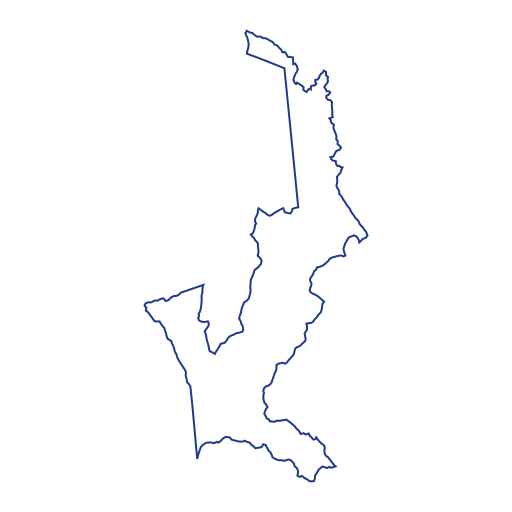 Pilar de Goiás, Goiás, Brazil
{"feature_id": "56859067B30351228728682", "entity_name": "Pilar de Goiás", "entity_type": "district", "adm_level": 2, "iso_a3": "BRA", "parent_name": "Brazil", "parent_adm1": "Goiás", "projection": "robinson", "projection_center": [-49.514, -14.535], "detail": "fine", "context": "isolated", "style": "outline", "palette": "blue", "viewbox_px": 512, "rotation_deg": 0, "n_neighbors": 0, "source": "geoboundaries", "source_scale": "gbopen_adm2", "svg_char_len": 6042}
<svg xmlns="http://www.w3.org/2000/svg" viewBox="0 0 512 512"><path d="M246.9,30.7L245.3,33.1L246.2,35.3L247.4,37.9L248.6,43.2L248.5,46.7L247.9,49.0L247.2,51.3L246.9,53.7L258.1,57.8L284.4,68.2L294.0,164.3L298.2,207.3L296.3,207.7L294.2,208.2L292.3,209.1L292.0,211.1L290.4,213.5L288.6,213.2L286.6,212.6L284.9,212.3L283.2,208.2L281.0,209.2L274.5,212.9L271.9,214.8L269.9,215.7L268.0,215.2L265.7,213.2L263.0,211.6L260.4,209.6L258.6,208.3L257.9,210.3L257.8,212.8L256.9,215.2L255.3,218.4L254.9,221.4L256.2,223.5L255.0,225.3L254.8,227.4L254.1,230.2L252.9,233.2L250.8,234.5L252.3,236.4L253.9,237.9L255.1,240.2L256.6,241.6L257.9,243.4L257.9,246.4L258.5,250.7L258.2,253.8L257.7,255.8L259.8,257.7L261.6,260.3L260.9,264.0L258.2,267.2L256.3,268.8L254.7,269.8L253.7,273.1L252.3,276.6L250.8,279.9L250.6,283.3L250.2,287.1L250.6,290.9L249.9,294.5L248.8,298.5L246.7,300.8L244.1,302.3L242.9,305.5L241.8,307.9L241.3,310.7L240.7,313.5L239.8,315.4L239.1,318.6L240.8,321.6L241.2,323.6L242.5,325.6L243.3,329.7L242.4,331.7L238.6,332.8L235.7,333.4L233.6,334.7L231.4,335.5L229.7,336.5L228.2,337.7L226.7,340.4L224.6,342.9L220.7,343.8L218.9,347.4L217.4,349.6L215.8,352.0L214.8,353.9L212.1,352.2L209.8,351.3L209.0,349.2L208.8,347.2L208.2,344.5L206.8,339.8L205.8,334.2L204.7,331.2L207.0,328.0L208.5,325.8L208.8,323.4L207.9,321.4L206.1,321.7L204.1,322.0L201.7,321.7L199.2,320.6L198.1,318.1L199.1,316.1L198.7,313.6L199.9,311.8L200.8,308.6L201.5,303.0L201.7,297.9L201.5,295.7L202.2,293.5L202.5,290.7L202.5,287.9L203.4,284.9L181.1,292.6L178.1,295.2L175.9,296.0L174.2,295.9L172.6,296.7L170.7,297.7L168.5,300.1L165.7,301.0L163.3,298.3L160.1,299.1L157.7,300.6L154.7,300.6L151.1,302.4L148.5,302.3L145.6,303.3L144.5,305.7L146.3,307.7L145.9,310.6L148.0,312.2L149.5,314.3L151.5,316.8L153.1,319.3L154.7,321.3L157.4,321.5L159.6,321.4L160.5,323.2L162.1,325.5L164.3,327.9L165.2,331.2L166.0,333.5L166.8,336.6L167.6,338.8L169.4,339.8L171.1,340.8L172.3,344.3L173.6,346.6L174.2,349.0L175.0,352.1L176.4,354.2L177.1,357.0L178.8,360.4L181.0,363.9L185.1,370.1L185.9,372.4L185.7,375.6L186.3,378.2L186.8,380.3L187.2,382.4L189.1,384.3L190.4,386.6L192.2,404.1L192.5,407.0L197.2,458.9L198.0,455.4L199.4,451.0L200.9,447.1L202.3,445.4L204.4,443.8L206.2,442.8L210.2,442.4L214.2,443.1L216.8,441.9L218.4,442.6L221.0,440.7L222.8,438.6L225.6,436.9L229.5,437.3L231.9,439.8L235.7,440.7L238.0,441.3L239.8,441.6L242.7,441.6L245.0,440.7L247.3,442.1L249.8,442.6L251.5,445.0L253.0,445.9L255.4,448.2L258.2,447.7L260.6,447.5L262.1,446.5L263.0,444.4L265.7,444.9L267.3,448.2L268.5,450.5L270.4,452.2L271.7,454.9L272.5,457.2L274.7,458.7L278.3,460.2L281.6,460.2L284.6,460.8L288.2,459.5L290.4,460.0L292.8,462.1L294.1,464.2L294.6,466.2L296.9,468.2L297.7,469.9L298.1,472.0L297.4,475.7L299.7,476.9L301.9,475.9L304.6,478.1L307.3,479.4L309.4,481.2L311.9,481.3L313.8,481.2L314.8,478.9L315.2,475.3L316.8,473.0L318.5,469.8L322.5,466.5L327.0,468.0L329.2,466.9L330.9,467.7L332.8,467.3L335.6,466.4L333.8,464.7L331.0,461.0L329.6,459.3L328.2,457.3L326.1,455.9L324.9,454.2L324.3,451.2L324.8,447.6L323.7,444.9L321.3,443.5L318.2,440.1L316.2,437.3L315.3,439.3L313.2,439.5L311.5,437.4L309.7,435.7L308.7,433.5L305.6,434.5L303.6,433.2L300.7,434.0L298.9,430.8L296.3,428.4L294.6,426.2L292.5,424.4L290.4,422.6L286.6,419.7L282.1,420.3L280.4,420.8L276.8,420.7L274.1,421.9L271.7,421.4L269.8,421.3L268.7,419.3L266.7,418.4L265.4,415.5L264.3,413.9L264.9,411.4L266.2,408.7L267.5,407.1L266.5,405.1L264.3,402.4L263.4,399.1L263.3,395.7L264.0,393.1L263.3,391.0L263.9,388.4L266.1,386.3L268.3,385.7L270.2,384.3L271.5,382.5L272.5,379.6L274.9,372.8L276.2,370.4L276.4,367.8L276.4,365.1L278.2,363.7L280.4,363.3L282.4,362.7L285.2,363.7L287.3,362.1L288.5,360.3L291.8,356.7L293.8,354.2L294.5,351.3L295.0,349.0L296.7,347.2L298.6,346.7L300.6,345.4L302.2,343.7L304.4,341.8L305.6,340.2L305.5,337.9L304.6,333.5L307.0,329.5L307.0,326.3L306.4,323.7L311.0,322.9L312.8,322.0L315.2,318.7L317.0,317.1L318.1,315.1L320.9,312.2L321.8,308.9L322.5,303.8L324.1,301.7L321.5,299.4L319.1,297.2L315.6,294.8L312.9,293.8L310.8,292.4L309.6,290.4L310.2,287.9L311.2,285.9L311.5,283.6L310.3,281.2L309.9,279.2L313.0,274.3L314.0,271.4L316.3,269.5L316.7,267.6L318.9,267.1L321.4,266.2L323.4,265.2L324.9,264.0L328.3,260.9L329.7,258.8L332.1,257.5L334.7,256.8L337.7,256.0L341.2,255.4L343.3,256.4L345.4,255.5L343.9,251.3L343.5,248.8L345.0,243.8L346.3,241.7L348.6,237.5L353.9,235.4L355.9,236.0L357.8,238.2L358.8,240.2L359.3,242.4L361.4,240.4L362.7,238.9L365.5,238.0L367.5,235.6L366.2,232.1L364.1,229.5L363.0,227.6L361.2,225.8L359.6,223.9L358.8,221.6L357.2,219.7L355.5,218.0L354.5,216.4L353.2,214.6L351.3,212.1L350.2,209.4L348.1,206.6L346.8,205.2L345.6,202.9L343.9,200.5L340.9,195.6L339.3,193.9L339.1,190.9L337.2,187.8L336.4,185.8L336.9,183.8L337.3,181.2L337.2,178.9L336.9,176.9L338.8,174.6L340.5,172.8L341.3,169.9L342.5,167.4L340.6,167.1L339.3,165.9L337.2,165.9L336.0,163.9L335.8,161.2L332.7,160.5L331.3,159.1L330.4,157.1L333.1,156.7L334.7,153.9L336.3,151.0L339.5,149.8L341.0,147.7L339.6,145.7L337.6,144.3L337.7,140.8L336.2,139.4L336.5,136.4L335.6,133.5L334.0,129.8L333.4,127.7L333.9,124.8L332.4,123.6L331.0,122.3L330.8,120.1L329.4,118.4L331.1,117.7L332.8,117.1L332.2,114.8L332.4,112.6L332.1,109.0L331.8,105.7L332.0,102.2L330.5,100.3L328.1,99.8L326.2,97.8L326.5,95.8L328.8,94.6L330.2,92.6L328.8,91.2L326.8,91.3L325.7,89.2L324.3,87.2L325.3,85.2L326.7,83.7L328.0,81.5L327.6,79.1L328.0,77.0L326.1,75.4L326.0,72.0L323.8,70.6L322.7,72.5L321.1,73.8L319.4,76.2L318.8,78.3L317.4,79.6L315.3,79.9L315.2,82.1L316.4,83.7L314.8,85.4L312.7,85.6L311.0,86.1L310.8,89.6L309.1,88.8L307.7,90.2L306.6,92.0L304.8,91.0L303.3,89.7L303.6,87.3L301.9,85.7L299.4,84.2L297.1,82.6L296.0,84.0L294.6,82.8L293.4,79.9L294.0,77.2L294.8,75.5L295.7,73.4L296.9,71.7L297.7,69.4L296.9,66.2L295.2,63.6L293.2,64.2L293.2,62.2L292.9,57.4L287.8,56.8L286.8,55.0L285.9,53.2L284.6,51.9L282.5,52.4L281.1,49.6L279.4,48.1L277.8,46.2L276.2,45.0L274.3,44.5L272.8,42.0L269.8,40.6L267.4,39.0L265.3,38.2L263.2,38.2L260.8,36.7L259.0,36.6L257.0,36.6L254.9,35.3L252.3,32.9L250.2,32.6L248.4,31.7L246.9,30.7Z" fill="none" stroke="#1e3a8a" stroke-width="2"/></svg>